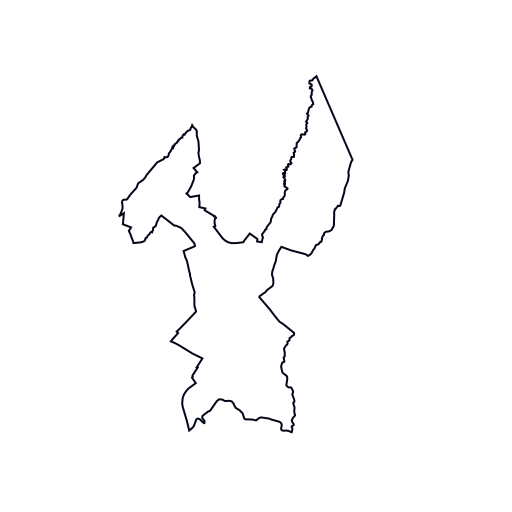 Papalotla de Xicohténcatl, Tlaxcala, Mexico, rotated 309°
{"feature_id": "50627088B24838191434080", "entity_name": "Papalotla de Xicohténcatl", "entity_type": "district", "adm_level": 2, "iso_a3": "MEX", "parent_name": "Mexico", "parent_adm1": "Tlaxcala", "projection": "robinson", "projection_center": [-98.192, 19.172], "detail": "fine", "context": "isolated", "style": "outline", "palette": "ink", "viewbox_px": 512, "rotation_deg": 309, "n_neighbors": 0, "source": "geoboundaries", "source_scale": "gbopen_adm2", "svg_char_len": 6133}
<svg xmlns="http://www.w3.org/2000/svg" viewBox="0 0 512 512"><g transform="rotate(309 256 256)"><path d="M141.5,394.6L144.4,393.3L145.7,391.2L146.2,391.0L148.1,391.7L148.5,391.6L149.1,391.1L149.8,388.6L150.7,387.3L153.1,386.6L156.7,386.7L158.9,383.8L162.6,381.2L164.9,377.7L165.9,377.3L166.6,377.6L168.0,376.7L171.3,371.3L173.9,370.3L174.9,368.6L175.9,366.3L175.7,365.6L174.4,364.0L174.3,362.6L174.6,361.0L175.4,360.4L179.5,358.1L181.4,356.6L182.1,355.2L182.0,350.5L182.4,349.4L185.4,345.6L187.2,344.4L189.0,343.7L190.3,343.7L191.4,344.5L191.9,344.4L194.5,341.4L196.3,341.4L198.0,339.8L199.2,339.1L201.0,336.6L201.8,336.0L205.6,335.6L206.8,336.0L208.4,335.2L209.2,334.3L211.5,335.1L213.4,333.7L215.2,334.4L216.4,334.3L218.2,335.1L219.1,334.9L220.2,334.0L220.2,319.6L219.7,315.7L221.2,308.4L223.3,299.9L226.1,284.4L227.7,284.1L229.1,284.8L231.3,285.2L233.6,286.0L236.7,286.1L243.2,287.7L245.9,286.6L249.1,283.7L251.8,279.9L255.1,278.0L256.1,277.8L261.1,275.7L264.1,274.8L270.2,271.4L274.9,270.4L279.1,270.0L282.5,279.9L288.4,293.0L288.8,294.9L288.7,296.3L291.5,297.3L293.5,297.3L297.2,296.6L298.8,296.7L301.7,295.8L302.5,295.9L303.8,296.8L305.0,297.2L306.9,297.0L307.9,297.7L310.3,297.0L311.0,296.2L312.7,295.6L313.8,295.3L315.3,295.5L316.3,294.7L317.1,294.6L318.7,295.0L321.3,297.4L323.8,298.3L328.4,297.5L337.5,290.7L339.3,289.0L340.8,288.6L341.8,287.8L342.7,288.2L346.7,288.1L346.9,289.0L348.2,289.8L360.6,284.7L364.3,282.5L372.3,280.1L377.1,277.4L377.5,276.7L379.6,274.8L386.8,271.6L389.4,270.7L391.5,270.5L433.7,189.9L429.9,189.0L428.1,189.2L427.4,188.9L426.8,188.0L426.0,187.5L424.6,188.1L423.7,188.9L424.2,190.6L424.1,191.6L423.0,192.4L421.4,191.6L420.3,192.1L420.1,192.3L420.2,192.9L420.9,193.7L420.8,194.6L420.3,195.7L418.5,196.1L416.4,197.8L414.8,198.0L414.0,198.5L413.3,199.9L412.2,201.3L411.7,202.9L410.1,204.9L408.4,204.5L407.0,205.2L406.0,204.5L404.9,204.2L403.0,204.7L400.4,206.1L398.9,206.0L398.5,206.2L398.6,207.7L398.0,208.6L396.5,208.6L395.2,210.0L391.9,210.4L391.7,212.1L390.1,212.2L389.0,213.0L388.2,214.0L386.8,214.4L385.7,216.8L384.6,217.0L383.1,216.4L382.6,216.6L382.1,217.4L381.6,217.7L380.8,217.3L379.4,215.0L378.7,214.7L378.0,214.9L376.6,216.3L376.0,216.1L373.6,216.7L371.6,216.9L369.4,216.6L366.1,219.0L365.3,218.9L364.4,218.3L363.3,218.3L361.8,220.7L359.9,220.3L359.1,221.6L358.6,221.6L357.4,222.9L356.9,223.1L355.5,221.5L354.9,221.4L353.7,222.2L351.3,222.8L350.9,223.2L350.7,224.7L350.2,225.3L348.9,225.0L347.8,223.3L347.3,223.3L345.8,224.9L345.4,224.7L344.8,223.9L343.7,223.8L343.1,225.1L342.4,225.7L342.0,225.6L341.4,224.1L340.7,223.5L340.3,225.1L338.8,226.5L337.8,225.1L337.5,225.0L337.0,225.4L336.7,225.3L336.3,226.4L337.1,226.7L337.1,227.2L336.4,228.2L335.7,228.2L335.1,227.6L334.5,227.7L334.5,229.3L333.7,229.9L333.3,231.1L332.4,231.5L332.0,231.0L331.6,231.0L331.1,232.5L330.6,232.8L329.8,232.3L329.5,232.6L329.4,233.7L328.2,233.9L328.0,234.2L328.4,237.9L327.6,238.3L325.7,237.6L325.0,237.7L323.2,238.5L321.7,239.9L320.6,240.4L318.3,240.5L317.3,241.1L316.1,240.1L314.7,239.9L313.7,240.5L313.0,241.4L310.8,241.5L310.0,242.3L309.2,242.6L308.5,242.8L307.4,242.2L302.9,243.3L298.7,243.1L296.7,243.9L294.5,244.3L291.9,245.9L291.1,246.1L286.0,246.1L284.6,246.4L283.4,247.2L282.0,246.5L280.8,247.0L277.0,247.0L275.9,247.7L274.9,249.6L270.3,251.7L268.0,247.7L270.1,246.4L269.5,237.0L260.4,237.2L258.7,237.5L253.2,232.1L250.6,228.9L249.2,225.8L248.6,222.6L248.7,219.0L252.2,204.8L253.4,205.5L253.8,205.5L255.3,203.3L257.6,201.4L259.2,200.7L260.4,201.0L260.8,200.2L260.5,199.0L260.9,199.1L261.1,198.6L260.7,197.7L259.2,187.3L261.1,186.8L258.3,181.2L261.7,178.8L264.2,176.1L267.2,173.7L260.4,167.8L260.8,162.6L262.2,163.0L269.4,161.8L276.2,159.6L277.7,158.7L279.3,157.2L282.3,157.0L284.1,157.7L285.1,152.1L292.8,154.1L294.9,152.3L297.6,148.8L300.1,146.2L302.2,145.2L307.0,140.9L309.0,138.9L312.3,134.2L315.8,131.4L316.6,129.4L316.7,126.3L317.5,124.1L315.8,124.7L314.0,124.8L312.8,125.5L309.9,124.1L306.4,123.9L305.4,124.2L304.9,123.2L303.1,123.4L301.7,124.2L301.5,123.8L301.0,123.5L298.3,123.1L297.8,122.7L296.3,123.3L295.4,122.9L294.4,123.2L291.7,122.5L291.2,122.9L289.9,122.4L289.5,123.1L288.2,122.4L287.8,122.8L287.7,123.7L287.4,123.8L286.6,123.2L285.4,123.2L283.8,123.7L280.7,123.8L279.2,124.8L277.1,124.9L275.8,123.7L275.5,122.7L274.9,122.6L274.1,123.1L273.0,123.2L266.6,120.3L249.9,120.0L247.4,120.5L244.2,120.4L238.3,118.7L233.7,120.2L224.1,119.7L219.1,120.2L218.1,119.7L216.7,118.0L215.6,117.4L214.2,117.6L213.1,118.3L212.0,119.7L209.2,122.3L204.6,123.9L201.8,124.5L200.4,124.5L206.1,126.4L196.9,132.6L199.6,140.9L195.5,141.4L194.0,144.4L189.9,151.4L188.9,152.6L193.8,157.6L196.4,159.5L197.9,159.9L198.5,159.5L199.5,159.5L200.1,159.0L200.7,159.0L201.8,159.6L203.4,159.1L206.0,159.4L207.2,159.2L208.2,159.2L208.8,159.6L209.0,160.3L212.0,159.3L213.2,158.3L216.2,159.2L220.4,157.5L221.9,157.4L223.7,156.8L225.6,156.6L227.9,157.0L228.2,172.8L228.4,173.8L229.2,174.6L230.5,179.2L230.7,180.9L229.8,186.9L227.0,200.2L225.5,202.2L225.0,202.3L214.3,196.6L210.5,201.9L208.7,205.5L201.3,214.7L200.6,216.0L199.6,216.7L193.9,224.1L189.4,230.9L188.6,231.6L187.1,232.1L183.8,235.2L179.8,238.4L177.5,240.6L177.3,241.4L175.1,244.4L161.7,243.4L148.8,242.2L147.4,241.8L147.2,242.0L147.0,244.0L138.6,243.5L136.1,243.6L137.4,248.1L138.3,253.1L140.2,267.9L142.7,278.8L132.1,280.0L132.5,280.9L123.5,281.8L122.8,282.1L122.6,282.7L121.2,282.8L119.3,289.2L110.8,287.0L107.9,286.7L103.4,287.1L100.7,287.9L98.7,288.9L95.0,291.4L92.9,293.6L84.6,305.7L78.3,313.9L82.2,314.7L84.6,314.7L91.5,312.5L92.5,312.7L93.3,313.5L93.7,315.1L93.3,320.3L93.3,320.7L93.7,321.0L94.7,320.4L95.5,319.4L95.8,318.5L96.0,316.8L96.6,315.9L97.7,315.2L99.0,315.2L104.6,316.6L106.9,317.7L118.1,316.9L121.1,317.4L122.1,318.4L123.3,320.4L123.7,323.1L126.4,326.1L127.4,327.6L127.7,329.1L127.0,331.8L126.0,333.6L125.2,336.0L125.8,340.1L125.3,344.6L122.3,349.2L122.4,350.5L126.5,355.9L128.1,359.2L128.5,359.7L129.8,359.8L132.5,360.6L133.8,361.6L137.8,368.3L138.6,370.9L141.7,378.0L142.1,379.7L141.7,381.2L140.9,382.4L137.9,384.0L137.1,384.7L136.8,385.7L137.5,387.3L139.2,389.1L140.4,391.1L141.5,394.6Z" fill="none" stroke="#020617" stroke-width="2"/></g></svg>